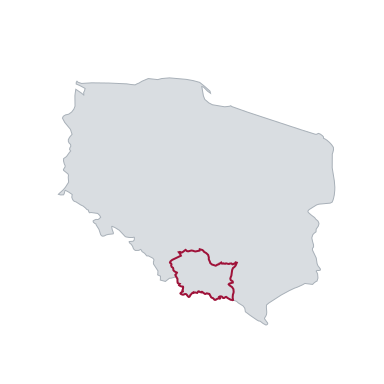 Lesser Poland highlighted on a map of Poland, rotated 16°
{"feature_id": "POL-3170", "entity_name": "Lesser Poland", "entity_type": "Voivodeship", "adm_level": 1, "iso_a3": "POL", "parent_name": "Poland", "parent_adm1": "", "projection": "robinson", "projection_center": [20.414, 49.829], "detail": "fine", "context": "in_parent", "style": "outline", "palette": "rose", "viewbox_px": 384, "rotation_deg": 16, "n_neighbors": 0, "source": "natural_earth", "source_scale": "10m", "svg_char_len": 6602}
<svg xmlns="http://www.w3.org/2000/svg" viewBox="0 0 384 384"><g transform="rotate(16 192 192)"><path d="M321.8,206.8L323.4,209.3L324.0,211.3L323.4,212.9L323.7,214.5L329.6,221.2L331.9,226.2L333.3,228.1L336.6,230.6L336.9,231.6L335.7,232.5L333.8,232.9L333.2,233.8L335.3,236.1L336.8,240.0L336.7,243.2L335.7,244.0L334.3,245.9L333.4,247.6L325.7,248.8L323.9,250.7L319.8,254.2L316.9,256.3L312.7,260.0L306.1,266.5L296.5,277.5L294.8,280.0L295.2,282.1L297.0,287.0L297.4,289.2L297.1,291.2L296.5,293.1L296.7,293.9L300.9,297.2L301.1,297.9L300.7,298.8L299.8,299.5L296.6,298.8L293.0,297.4L291.7,297.6L289.8,297.2L281.7,294.5L276.3,292.4L275.7,291.1L274.7,289.1L272.4,287.4L267.1,285.9L265.0,284.8L256.4,284.2L252.7,284.2L250.0,284.6L248.3,284.6L246.0,287.5L244.4,288.4L242.1,288.5L240.1,287.9L238.0,286.4L234.6,285.6L232.2,286.0L230.4,285.6L228.9,285.6L228.3,285.9L227.1,285.8L225.3,286.6L223.4,287.6L221.2,288.4L219.5,290.1L218.0,293.5L213.8,292.0L212.4,292.6L210.5,293.1L209.1,292.6L209.4,291.5L210.0,290.2L210.0,288.3L209.6,286.3L208.3,285.7L206.4,285.4L205.4,285.0L205.3,284.4L204.3,283.5L202.6,281.3L201.0,278.6L199.8,277.8L198.2,279.1L195.7,280.6L194.1,281.1L191.1,285.3L185.8,285.4L185.4,283.5L184.9,281.6L181.8,281.1L181.7,280.0L181.0,277.2L174.8,271.8L174.1,269.6L174.3,268.7L173.9,267.3L172.5,266.4L167.6,265.4L166.3,265.9L165.2,265.3L163.4,264.0L160.3,263.0L159.9,262.4L158.8,261.5L158.2,261.4L157.8,262.0L156.9,262.8L153.6,263.8L152.3,263.3L151.2,262.5L149.9,260.6L148.0,259.0L146.4,258.4L145.5,257.6L145.3,256.9L148.9,255.6L149.7,254.2L149.2,251.7L148.7,251.4L147.3,252.2L144.3,253.0L141.6,253.3L140.2,253.3L132.6,248.8L127.6,247.4L124.6,247.0L124.3,247.4L125.6,250.0L127.8,253.1L127.7,254.0L123.3,255.8L121.4,256.9L119.8,258.4L118.4,259.1L117.2,259.0L116.0,258.2L112.9,253.6L108.9,250.0L108.5,249.2L107.2,249.0L105.5,248.2L104.9,247.1L105.8,246.0L107.1,244.9L109.3,244.3L109.9,243.7L110.3,242.8L111.2,241.6L111.0,241.2L109.5,239.8L107.2,238.6L100.8,239.5L99.1,240.2L98.1,239.3L97.4,238.0L95.8,237.8L93.7,236.6L91.1,235.5L88.6,235.1L83.3,233.5L81.3,233.4L80.1,232.8L78.9,231.6L77.9,230.2L77.5,227.4L73.6,226.1L69.8,225.3L69.5,225.8L69.6,228.6L69.3,230.1L66.7,231.0L64.2,231.1L64.4,230.6L67.5,225.6L69.0,222.4L70.7,216.6L69.0,212.0L68.6,209.8L67.8,208.8L62.6,206.6L62.2,205.8L63.1,202.8L62.7,201.5L61.5,200.2L59.9,197.5L59.4,195.2L61.6,192.5L63.2,187.9L64.1,186.0L62.7,185.0L62.4,183.5L62.9,181.4L62.2,179.8L60.4,178.8L59.2,177.5L58.7,175.8L59.2,173.2L60.8,169.6L57.9,165.3L50.5,160.2L47.1,156.7L47.4,154.7L49.1,152.8L52.0,151.2L54.3,148.3L55.6,144.9L55.9,141.8L52.9,131.7L52.5,129.2L52.0,125.3L58.5,127.4L61.2,128.6L60.9,127.3L60.4,126.1L60.8,124.4L60.7,121.9L54.8,120.6L50.9,120.1L50.5,118.3L50.9,117.2L52.0,117.9L55.9,118.1L65.5,114.7L82.0,110.2L99.6,106.0L103.7,105.5L107.8,104.7L109.4,103.1L110.9,102.0L113.4,99.3L118.7,95.0L128.1,93.4L131.6,91.3L138.9,88.5L155.5,85.3L162.4,84.6L169.1,84.5L175.1,87.0L181.5,90.1L182.6,92.0L179.2,90.8L174.2,88.0L172.3,87.9L176.5,96.5L178.8,99.5L183.6,101.7L187.6,102.5L199.9,101.1L204.3,99.3L205.5,98.4L206.7,98.9L222.7,99.9L278.7,102.1L294.8,102.5L295.8,102.2L297.4,100.8L299.4,101.0L301.8,101.9L302.9,102.5L303.4,103.3L303.7,104.2L305.0,104.3L307.4,105.0L310.6,106.5L313.1,108.0L315.6,110.1L316.4,112.4L316.5,115.1L316.4,116.9L320.1,130.1L325.8,142.2L328.0,148.1L328.8,151.2L329.6,155.7L329.8,158.9L329.8,160.7L329.5,163.1L327.9,164.6L317.4,168.7L315.4,170.0L312.4,173.3L309.5,176.6L308.9,177.7L308.7,178.5L309.4,179.6L313.2,181.4L317.0,182.8L318.3,183.9L321.1,185.2L322.2,186.5L322.8,187.5L322.8,190.0L321.6,193.5L322.2,196.1L320.9,197.8L319.9,199.7L319.8,203.1L321.8,206.8Z" fill="#d9dde1" stroke="#a8b0b8" stroke-width="1"/><path d="M207.6,285.7L207.0,285.7L205.3,285.2L205.4,284.7L205.3,284.2L205.5,283.7L204.3,283.7L203.7,283.6L203.2,283.2L202.6,281.8L202.1,279.9L201.7,279.1L201.0,278.7L200.8,278.5L200.3,277.8L200.0,277.7L199.9,277.3L199.2,276.9L198.8,276.2L199.1,275.5L199.6,274.6L199.7,273.6L197.7,273.3L196.6,272.9L195.6,272.2L195.2,271.0L194.6,270.1L193.1,269.6L192.2,268.3L192.2,267.1L191.5,266.4L190.8,266.4L190.2,265.7L190.5,264.5L191.2,263.4L191.8,262.6L198.9,256.3L197.5,254.7L195.9,253.5L196.9,252.9L198.8,253.1L200.1,251.7L201.0,250.4L201.8,249.4L203.4,250.2L204.1,250.2L204.9,250.0L207.5,248.4L209.1,248.2L210.8,248.3L211.7,248.2L215.4,246.3L215.3,245.7L215.2,244.9L217.9,244.9L219.1,245.4L220.1,246.2L222.5,246.8L224.8,248.0L226.2,250.2L226.6,251.9L227.2,252.7L228.5,254.2L229.1,255.2L231.2,256.2L235.1,256.3L236.0,255.5L236.1,255.1L236.5,254.7L237.4,254.3L237.8,254.0L237.9,253.8L237.9,253.4L238.0,253.2L238.4,253.2L238.5,253.1L239.1,252.6L239.3,252.0L239.5,251.7L240.6,252.6L241.1,252.4L241.5,252.1L241.9,251.9L242.4,252.1L242.8,251.9L243.6,251.9L243.9,251.7L244.1,251.4L244.4,251.2L244.7,251.2L246.9,251.1L247.3,251.0L247.7,250.8L247.9,250.5L248.2,250.3L249.4,249.9L249.7,249.8L250.1,250.0L250.4,250.2L250.7,250.4L251.2,250.3L251.7,249.7L251.9,249.6L252.1,249.6L252.2,249.2L252.4,249.0L252.7,248.9L253.1,248.6L253.2,248.1L253.5,248.3L254.0,248.1L254.0,247.8L254.0,247.6L254.6,247.6L254.2,250.7L253.4,252.4L252.3,253.9L252.1,256.0L252.9,261.6L252.7,263.2L252.7,264.7L252.9,265.1L253.2,265.6L253.8,266.2L254.6,266.3L255.8,266.8L256.2,267.8L253.2,269.7L252.7,270.6L253.6,271.3L256.8,272.4L258.6,274.0L259.6,276.6L259.7,278.0L259.6,279.3L260.1,282.0L261.2,284.5L260.7,284.8L260.3,284.7L259.2,284.9L258.7,284.9L255.8,284.2L254.1,283.5L253.7,283.4L253.2,283.7L252.3,284.9L251.7,285.2L251.1,285.3L250.7,285.1L250.2,284.7L249.7,284.4L249.2,284.3L248.0,284.5L247.6,284.7L247.0,285.3L247.3,285.6L248.0,286.0L248.4,286.5L248.1,286.9L247.6,287.0L247.0,287.0L246.5,287.1L245.9,287.5L244.9,288.7L244.3,289.2L243.6,289.4L243.1,289.3L242.6,289.0L242.1,288.6L241.5,288.3L241.1,288.2L240.6,288.2L239.9,288.1L239.4,287.9L236.8,285.2L236.3,285.2L235.2,285.3L234.6,285.3L234.3,285.3L234.0,285.4L233.5,285.9L233.2,286.2L232.5,286.4L231.8,286.2L229.3,285.2L228.9,285.3L228.9,285.9L227.3,286.0L226.1,285.6L225.8,285.6L225.5,285.8L225.3,286.0L225.3,286.4L225.1,286.9L224.9,287.4L224.8,287.6L222.5,287.7L222.0,288.0L221.4,288.6L221.1,288.8L220.4,288.8L220.4,288.7L220.2,288.9L219.6,289.9L219.5,290.4L219.3,290.8L218.9,291.2L218.7,292.5L218.4,293.4L217.8,293.8L216.8,293.4L215.3,292.2L214.5,291.8L213.5,291.9L213.0,292.3L212.4,292.8L212.0,293.1L211.3,293.3L210.0,293.2L209.2,293.0L208.8,292.6L209.0,292.1L210.1,290.5L210.4,290.4L210.6,290.3L210.7,290.1L210.6,289.9L210.4,289.8L210.4,289.7L209.9,289.4L209.8,289.1L210.0,288.8L210.1,288.7L209.9,286.9L209.8,286.2L209.5,285.5L209.2,285.4L208.2,285.7L207.6,285.7Z" fill="none" stroke="#9f1239" stroke-width="2"/></g></svg>